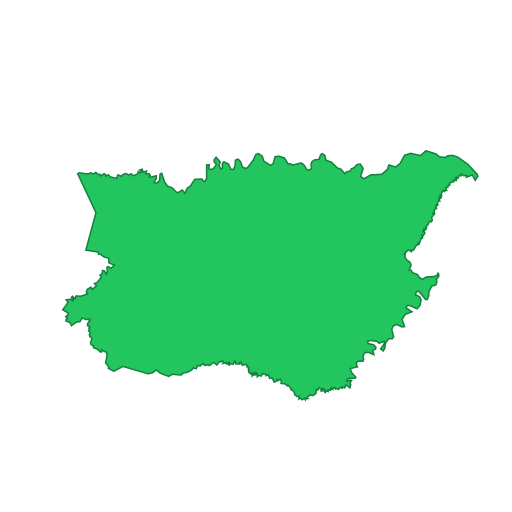 outline of Puerto López, Meta, Colombia, rotated 15°
{"feature_id": "7082276B57935964838020", "entity_name": "Puerto López", "entity_type": "district", "adm_level": 2, "iso_a3": "COL", "parent_name": "Colombia", "parent_adm1": "Meta", "projection": "robinson", "projection_center": [-72.727, 4.039], "detail": "fine", "context": "isolated", "style": "filled", "palette": "green", "viewbox_px": 512, "rotation_deg": 15, "n_neighbors": 0, "source": "geoboundaries", "source_scale": "gbopen_adm2", "svg_char_len": 6133}
<svg xmlns="http://www.w3.org/2000/svg" viewBox="0 0 512 512"><g transform="rotate(15 256 256)"><path d="M132.9,205.5L131.6,204.2L128.6,205.2L128.3,202.3L125.2,204.2L123.7,201.6L121.5,202.9L123.6,204.2L122.9,205.6L120.4,204.8L120.6,207.0L117.4,209.9L116.1,210.2L114.4,208.8L112.1,210.7L108.9,210.0L106.3,211.8L105.6,213.8L101.5,213.4L101.3,217.1L94.9,217.3L92.3,215.8L90.3,217.8L89.6,216.3L87.9,215.8L85.4,218.9L84.3,217.5L83.0,218.2L79.5,216.7L78.0,218.9L74.9,218.3L72.6,220.3L63.8,221.4L62.4,222.6L90.2,255.6L90.1,294.4L102.5,293.0L103.5,295.1L105.0,294.5L109.8,296.4L114.3,296.2L115.6,300.6L121.5,301.5L119.1,305.5L116.2,304.4L114.9,305.6L116.5,309.9L116.3,312.4L113.6,309.7L111.5,309.7L112.0,313.1L110.2,314.9L112.1,316.3L109.6,322.6L107.1,324.4L109.6,326.0L106.5,330.6L104.6,328.8L101.7,331.8L101.3,334.8L103.1,336.3L96.9,340.3L92.6,341.1L92.2,344.0L89.0,342.4L88.4,343.8L90.9,345.2L90.6,346.8L88.4,345.7L84.0,347.4L85.9,348.9L86.1,350.6L83.2,358.0L89.4,359.7L89.6,361.2L87.9,363.9L90.2,365.2L89.0,366.6L89.3,368.1L93.4,368.3L95.8,371.1L99.4,366.5L102.9,365.0L104.3,360.8L108.3,361.4L111.9,360.0L111.6,361.7L112.4,361.8L110.8,364.7L111.2,366.9L113.7,367.1L113.2,369.0L114.4,370.0L113.5,371.3L116.0,373.5L115.4,375.1L116.2,376.7L119.1,378.3L118.5,382.4L119.8,384.4L122.1,384.7L122.8,386.7L126.7,387.0L130.8,389.1L131.7,388.5L131.2,386.8L136.5,387.8L137.8,390.2L138.4,398.3L142.5,401.2L142.4,402.7L148.5,404.1L156.1,397.1L182.4,397.7L186.9,395.1L188.9,391.8L193.9,394.0L202.8,394.9L205.9,391.9L214.4,390.4L216.4,387.5L219.3,386.5L223.4,382.8L224.1,380.5L227.5,380.3L227.9,376.8L230.4,376.8L232.6,373.7L235.1,375.0L237.5,373.6L239.2,374.0L242.6,369.8L246.4,371.4L247.9,367.5L249.7,367.4L250.6,365.8L252.4,367.2L252.0,368.3L254.9,366.7L255.4,367.8L257.4,365.7L258.0,367.5L257.3,367.9L258.4,368.4L259.2,366.6L261.8,366.7L263.1,362.9L264.5,365.5L268.4,364.5L267.7,363.3L269.2,362.5L271.1,365.1L274.8,363.1L276.1,365.5L277.7,365.4L277.8,367.1L278.9,367.2L278.3,368.4L279.5,370.6L281.9,370.2L281.4,371.2L282.6,371.2L283.3,372.8L284.2,369.4L285.2,369.8L285.1,371.4L286.7,370.6L285.7,369.8L286.1,368.4L287.6,369.4L288.5,372.3L289.6,370.6L292.2,370.6L292.8,367.1L293.1,368.0L296.1,367.9L296.7,369.1L298.7,367.6L301.0,370.7L303.3,369.6L306.2,373.2L308.4,371.5L308.3,369.9L309.8,370.5L311.3,368.7L313.1,370.6L313.1,372.6L317.4,372.0L319.7,373.4L320.4,372.5L324.2,374.8L324.0,375.9L327.4,376.8L329.6,380.2L332.2,381.1L333.9,380.3L334.5,383.0L335.5,381.8L337.7,383.0L339.7,380.8L341.0,382.3L341.4,380.6L343.1,380.2L342.0,379.5L343.9,376.5L347.2,376.0L349.5,373.3L348.8,369.4L350.5,369.5L350.5,367.2L353.5,367.8L353.6,368.7L354.3,367.5L354.5,369.3L355.4,369.0L355.4,366.9L357.9,368.1L357.1,369.0L358.2,370.0L359.1,368.0L360.8,368.2L360.4,367.1L361.9,366.5L362.5,364.6L362.9,366.0L363.7,364.6L364.8,365.0L364.5,363.5L366.2,363.2L365.5,362.1L367.0,363.8L367.4,363.0L369.9,363.7L372.1,360.7L373.5,361.5L373.8,360.1L375.4,359.7L375.7,361.1L376.2,357.1L380.8,359.1L380.8,355.9L379.6,353.8L380.6,351.6L378.6,351.4L376.6,353.5L375.8,352.3L376.9,350.0L383.2,348.6L383.9,347.3L378.7,344.0L376.1,340.4L382.7,336.8L380.4,333.6L381.7,331.2L386.6,329.9L386.8,328.1L385.1,324.8L386.3,321.1L389.5,320.0L395.4,320.8L393.1,317.0L395.6,315.0L395.4,313.0L392.4,311.3L387.0,311.6L385.9,309.5L388.7,307.9L394.8,307.2L397.5,308.4L401.9,305.2L402.6,307.7L400.4,313.5L403.5,314.8L404.3,311.8L403.6,307.0L405.0,303.0L406.1,301.3L409.0,300.7L409.9,298.5L406.1,291.7L406.6,288.2L409.5,285.7L415.2,286.8L417.8,285.7L413.5,279.5L415.3,273.7L421.1,269.5L414.3,267.2L414.8,264.8L417.2,264.0L425.3,265.3L427.3,261.0L426.7,255.3L424.5,252.9L420.0,252.2L420.2,248.8L422.3,247.9L431.1,254.1L432.6,253.8L433.2,249.5L432.2,245.9L433.6,239.6L437.2,237.5L437.4,233.8L436.1,231.9L437.8,228.8L437.2,226.3L436.3,225.5L436.1,227.4L433.5,229.7L425.7,232.3L423.2,235.3L419.5,234.6L416.7,232.1L411.5,231.6L409.5,229.6L407.6,229.8L408.2,224.8L406.3,222.1L402.5,220.8L400.1,218.3L399.6,215.4L398.7,215.5L401.6,210.7L405.1,211.6L404.8,209.9L406.6,209.6L408.1,204.3L409.7,203.1L409.2,201.7L410.4,202.2L411.1,195.9L412.1,195.7L410.9,193.0L412.1,193.5L413.2,190.2L412.0,188.7L411.1,189.2L411.1,186.5L412.4,187.2L413.4,186.1L412.4,184.6L413.4,184.5L412.8,183.1L414.1,181.3L414.4,177.9L416.4,177.6L417.1,176.1L415.6,173.2L417.6,169.1L416.0,169.0L416.9,167.6L416.3,165.3L418.0,163.3L416.9,162.7L417.8,160.8L417.0,160.2L418.4,159.4L417.4,159.0L418.0,155.8L419.3,155.3L418.0,154.3L419.0,152.9L417.9,152.4L419.7,151.9L417.9,149.8L419.7,149.8L418.9,148.4L419.7,144.4L421.6,144.9L421.8,143.2L423.1,143.2L421.7,141.0L423.6,139.9L423.3,138.1L424.8,137.5L424.2,135.3L427.8,133.0L427.1,131.9L428.8,131.5L428.5,129.4L429.8,130.5L429.4,128.1L431.0,128.7L431.4,125.7L433.4,125.5L433.2,123.6L435.9,124.7L438.5,123.6L438.7,125.5L444.0,121.8L448.2,126.2L449.6,121.7L448.6,119.9L437.0,112.6L425.4,108.3L419.9,107.9L415.3,109.5L413.4,111.8L407.4,112.7L403.6,110.8L392.9,110.4L388.9,116.4L378.8,116.8L373.5,120.1L371.2,129.4L367.8,133.9L360.8,133.6L360.5,138.4L356.2,144.6L345.8,148.0L340.3,153.4L336.4,152.1L336.9,143.8L332.9,140.2L329.9,141.5L327.7,145.6L325.5,147.1L324.9,149.8L321.8,151.1L320.3,153.6L315.7,150.2L311.8,149.9L304.5,145.8L298.8,145.4L296.3,140.8L293.3,140.0L292.2,141.6L291.8,146.4L287.7,148.0L285.8,150.2L285.3,152.5L287.0,157.3L284.6,159.6L282.7,159.4L278.9,155.7L275.5,154.4L268.2,158.5L264.9,158.0L263.4,158.9L258.1,153.9L252.3,153.6L248.8,155.1L248.6,162.7L246.6,164.6L239.2,162.5L236.1,157.9L231.6,156.4L229.5,158.1L228.6,163.8L224.9,173.0L223.0,174.1L219.8,173.6L217.0,169.2L213.6,167.0L211.3,168.8L212.5,174.6L211.7,178.3L209.2,178.8L205.7,174.3L200.5,173.3L199.6,175.4L200.8,179.9L199.6,181.1L196.9,178.2L197.0,174.3L191.9,170.9L190.6,174.3L191.8,176.6L193.4,176.7L193.8,178.9L192.0,183.0L189.2,184.4L187.9,183.6L187.2,179.9L184.7,180.7L188.1,193.5L187.8,196.2L186.5,197.6L183.7,195.6L177.0,197.8L174.5,205.4L172.1,208.1L171.0,213.9L167.7,211.3L164.8,214.6L162.8,215.1L157.8,212.0L152.4,211.3L148.5,208.1L143.5,200.4L142.1,201.9L143.4,207.9L141.3,211.4L138.4,211.3L139.6,206.8L138.8,204.3L133.8,207.2L132.4,207.2L132.9,205.5Z" fill="#22c55e" stroke="#15803d" stroke-width="1.5"/></g></svg>